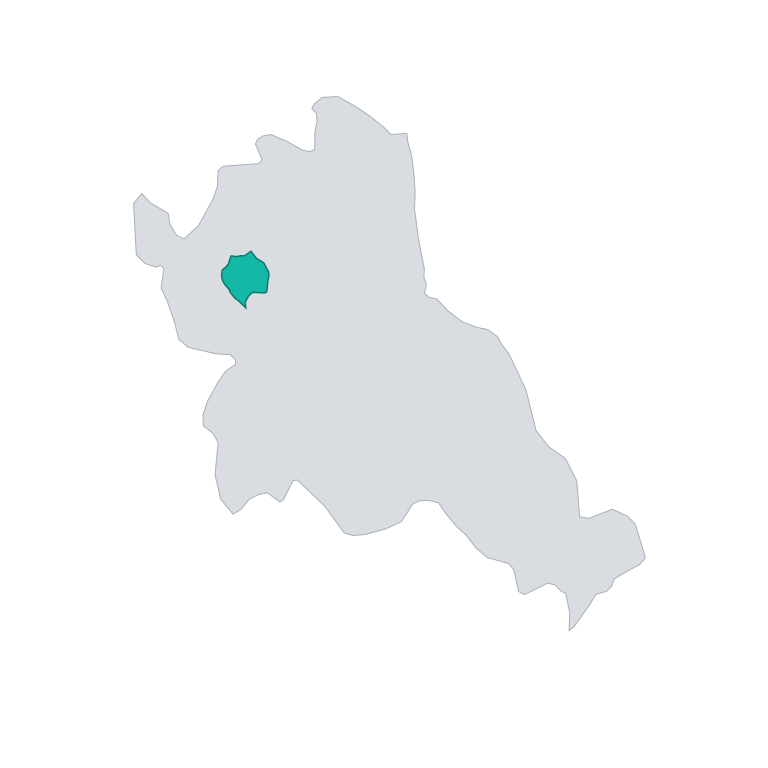 Postojna on a map of Slovenia (orthographic projection), rotated 72°
{"feature_id": "SVN-978", "entity_name": "Postojna", "entity_type": "Municipality", "adm_level": 1, "iso_a3": "SVN", "parent_name": "Slovenia", "parent_adm1": "", "projection": "orthographic", "projection_center": [14.172, 45.79], "detail": "fine", "context": "in_parent", "style": "filled", "palette": "teal", "viewbox_px": 768, "rotation_deg": 72, "n_neighbors": 0, "source": "natural_earth", "source_scale": "10m", "svg_char_len": 2197}
<svg xmlns="http://www.w3.org/2000/svg" viewBox="0 0 768 768"><g transform="rotate(72 384 384)"><path d="M675.7,284.2L659.1,278.1L639.3,275.9L635.7,279.6L627.8,283.4L624.0,290.0L627.7,315.5L623.0,320.0L600.4,318.0L593.1,321.1L581.2,339.2L568.8,347.0L553.0,352.7L541.3,359.3L526.5,365.2L513.8,368.9L508.9,376.7L506.0,385.4L506.9,393.7L520.2,409.8L522.3,427.3L521.3,448.7L518.5,460.2L513.5,467.8L481.6,478.2L448.5,496.2L447.8,500.3L463.2,515.7L463.9,519.5L451.4,528.6L450.3,537.5L451.9,547.8L458.8,558.3L461.3,567.7L443.0,574.9L418.0,572.7L388.4,559.8L378.1,561.8L368.1,568.7L357.9,565.9L346.6,557.8L330.6,540.9L322.8,530.5L319.6,519.4L315.2,517.8L308.7,521.1L303.3,534.6L288.7,558.8L277.8,565.4L261.4,564.1L238.3,564.5L224.0,566.4L206.5,557.9L202.2,559.5L202.2,565.1L195.6,573.9L184.8,579.7L135.0,566.4L128.0,555.5L139.3,550.4L155.0,536.6L165.6,538.2L178.6,535.3L184.3,529.4L176.1,511.6L155.6,489.7L144.7,481.4L129.7,475.8L127.1,469.9L135.7,435.5L133.2,430.6L116.1,432.1L112.1,428.5L110.7,422.5L111.9,414.3L123.6,401.0L136.5,389.2L140.0,382.6L139.6,377.4L123.2,372.0L113.4,366.5L105.5,364.6L100.1,367.6L96.2,364.1L92.3,354.2L96.4,339.1L111.2,325.3L127.1,313.1L140.9,304.2L148.9,300.3L152.7,284.9L160.9,286.5L177.1,287.4L195.2,291.0L212.1,295.4L226.9,300.9L258.1,306.6L286.5,310.0L295.1,313.1L302.0,312.9L310.7,317.5L315.8,313.9L319.4,307.6L334.8,300.2L349.0,290.4L358.9,278.1L364.4,268.4L374.1,261.4L384.5,259.3L394.0,255.8L434.0,250.8L475.2,253.8L494.7,246.7L510.7,234.6L534.2,230.8L535.5,230.6L570.9,239.0L573.5,233.6L575.0,231.3L573.7,205.5L584.6,193.5L594.8,188.3L630.0,189.0L634.8,196.8L636.9,209.0L640.5,225.4L646.5,229.8L649.9,236.1L649.6,247.5L656.8,255.8L673.6,278.3L675.7,284.2Z" fill="#d9dde1" stroke="#a8b0b8" stroke-width="1"/><path d="M260.0,467.0L260.5,469.4L256.8,479.1L256.6,482.0L258.7,485.9L262.1,489.5L264.3,491.0L268.8,491.9L259.1,497.1L256.3,499.3L249.4,501.9L246.0,502.1L240.4,504.6L236.2,505.5L233.2,505.5L230.0,504.7L225.6,502.6L223.4,497.2L221.6,494.8L215.0,490.0L216.2,486.8L217.2,485.4L217.8,480.3L219.0,477.2L216.7,469.5L225.5,466.3L226.2,465.5L231.7,460.9L241.7,459.1L245.6,460.0L249.8,462.5L260.0,467.0Z" fill="#14b8a6" stroke="#0f766e" stroke-width="1.5"/></g></svg>